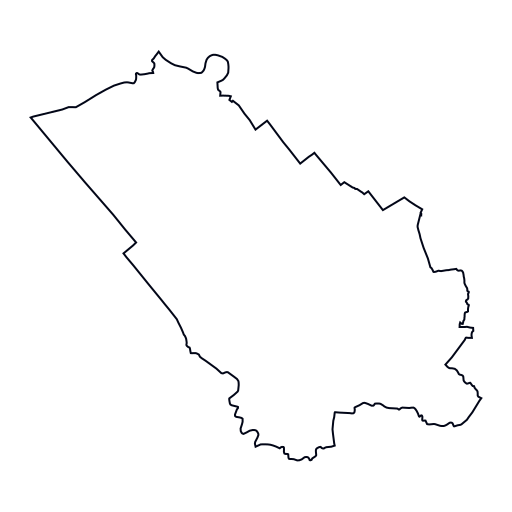 outline of Ben Luc, Long An, Vietnam
{"feature_id": "81297802B50864428315087", "entity_name": "Ben Luc", "entity_type": "district", "adm_level": 2, "iso_a3": "VNM", "parent_name": "Vietnam", "parent_adm1": "Long An", "projection": "orthographic", "projection_center": [106.476, 10.694], "detail": "fine", "context": "isolated", "style": "outline", "palette": "ink", "viewbox_px": 512, "rotation_deg": 0, "n_neighbors": 0, "source": "geoboundaries", "source_scale": "gbopen_adm2", "svg_char_len": 6026}
<svg xmlns="http://www.w3.org/2000/svg" viewBox="0 0 512 512"><path d="M312.0,154.7L308.8,156.8L300.2,163.6L289.6,150.0L283.3,142.3L270.0,124.4L267.1,120.7L255.5,129.6L249.7,120.1L244.4,113.6L238.8,105.4L232.9,100.8L231.9,101.9L229.4,99.9L230.8,96.3L228.8,95.8L223.1,95.6L220.2,95.7L220.5,92.3L220.3,91.6L218.1,89.7L217.7,88.0L217.4,82.4L221.4,80.7L222.9,79.9L224.4,78.4L226.9,75.3L228.2,72.7L228.5,68.2L228.5,66.5L228.3,64.3L227.9,61.9L227.3,60.8L226.6,60.0L224.9,58.6L222.3,56.9L217.8,55.3L215.3,54.8L213.1,54.8L211.5,55.3L209.7,56.2L207.9,57.8L206.6,59.7L205.5,63.2L205.0,66.9L204.4,68.8L203.6,70.5L202.0,72.3L201.3,72.8L200.0,73.0L198.0,73.1L196.4,72.8L192.8,71.4L188.1,68.6L186.2,67.7L179.8,66.4L174.9,65.2L171.1,63.3L165.7,59.8L162.7,57.2L158.7,51.6L156.7,54.3L155.3,56.0L153.7,58.5L152.2,59.9L152.1,60.2L152.0,60.9L152.1,61.2L153.9,62.9L154.3,63.5L154.4,64.1L154.4,66.0L154.2,67.2L153.9,67.8L153.1,68.9L152.3,70.4L152.5,71.0L153.0,71.9L153.2,73.0L149.2,73.2L147.7,73.6L144.5,74.2L140.8,74.6L139.6,74.5L138.8,74.1L137.7,73.3L137.0,73.0L136.6,73.1L136.0,73.6L135.9,74.3L136.2,75.5L136.2,77.3L136.1,79.0L135.8,80.1L134.8,82.1L134.2,82.8L133.8,83.2L132.8,83.3L128.1,82.4L126.7,82.3L124.2,82.5L120.5,83.5L114.0,85.6L105.9,89.6L96.4,94.9L84.7,102.2L75.9,107.2L68.7,107.1L62.3,109.5L33.2,116.6L30.7,117.5L67.5,161.8L84.7,182.0L113.1,214.6L125.2,229.6L136.1,242.5L133.0,245.5L123.5,253.4L126.5,257.3L133.5,265.6L148.6,284.3L160.9,299.3L164.9,304.3L169.1,309.4L176.8,319.2L178.4,322.7L181.0,327.8L183.0,332.4L183.8,334.6L184.9,335.9L185.6,337.4L186.1,338.7L186.5,341.1L186.7,343.0L186.4,344.6L186.5,345.3L186.9,345.9L188.3,347.1L189.5,347.5L189.9,348.3L190.5,351.9L190.8,353.1L192.0,353.2L193.8,353.1L195.7,353.1L197.3,353.7L198.9,354.6L199.9,356.7L201.7,358.2L205.5,360.7L216.4,368.6L221.3,373.1L222.6,373.4L223.1,373.4L225.1,372.5L226.5,372.1L227.8,372.2L234.0,376.7L237.0,379.0L238.4,381.1L238.6,382.3L238.7,384.2L238.7,385.3L238.2,390.3L237.7,391.5L235.5,393.5L233.8,395.0L229.3,398.4L229.2,399.0L229.4,400.8L229.9,403.5L230.4,404.5L231.2,405.0L231.8,405.3L237.4,406.7L238.0,407.0L238.0,407.4L237.9,408.2L236.9,409.4L235.0,414.5L235.0,415.5L235.1,416.0L235.6,416.5L236.5,416.9L239.5,417.4L241.4,417.9L242.2,418.4L242.6,418.8L242.6,421.8L242.0,424.2L240.6,428.5L240.7,430.3L240.8,431.2L241.7,432.9L242.4,433.5L243.5,433.9L246.7,432.4L249.7,430.7L252.8,430.0L254.8,430.1L255.8,430.4L256.5,430.8L257.7,432.4L258.3,433.8L258.4,435.0L257.4,437.7L255.2,441.9L254.9,443.6L255.6,446.7L260.7,444.4L263.9,444.3L267.6,444.4L270.2,444.7L273.1,445.5L276.1,446.6L279.7,448.3L281.2,447.1L282.0,446.9L283.5,447.0L283.9,447.6L284.0,449.4L283.9,451.8L284.2,452.9L284.4,453.5L285.3,453.9L287.6,454.0L288.2,454.3L288.5,457.8L288.9,458.7L289.8,459.0L291.7,459.0L293.8,459.2L297.2,460.4L299.2,460.3L301.7,459.4L304.2,457.5L305.0,457.1L306.6,457.0L307.7,457.2L308.5,457.8L309.4,459.2L309.6,460.0L310.2,460.3L311.5,459.9L312.3,458.4L315.3,456.4L316.1,455.5L316.2,455.0L315.9,451.7L315.9,450.1L316.2,449.1L317.2,448.1L319.2,447.1L320.6,446.9L321.7,448.0L322.6,448.4L323.8,448.5L324.6,447.9L326.3,447.2L331.3,446.7L334.7,445.6L334.2,443.4L333.0,434.0L332.5,429.3L333.3,420.8L334.2,417.1L334.7,412.7L335.0,412.2L339.6,412.6L349.7,413.1L351.8,413.4L353.3,413.3L353.9,412.9L354.3,412.4L354.5,411.9L354.8,409.8L354.6,408.8L354.6,407.6L355.3,407.1L359.5,405.2L362.9,403.1L364.3,402.8L365.6,403.1L368.1,404.0L371.6,405.7L373.2,405.7L373.8,405.3L374.8,403.8L375.1,403.6L377.7,403.5L379.7,403.6L380.8,404.0L383.1,405.4L384.3,406.4L386.6,407.6L389.2,408.1L396.2,408.5L397.4,408.6L399.0,409.6L399.6,409.3L400.6,408.4L401.5,407.9L402.4,407.6L409.2,408.0L411.4,407.7L413.4,407.6L414.4,408.1L415.5,409.2L416.7,411.0L418.0,413.6L418.9,416.2L419.4,416.7L419.7,416.6L421.1,415.4L421.6,415.4L421.9,415.6L422.2,416.2L422.4,416.9L422.2,419.9L422.5,420.5L422.9,420.7L423.9,420.7L424.8,420.5L425.5,420.6L427.1,424.1L427.5,424.2L428.9,424.4L429.8,424.4L433.7,424.0L434.9,424.1L440.1,425.8L441.6,426.0L443.8,426.0L445.5,425.4L447.3,424.4L448.8,423.3L450.1,422.6L451.1,422.6L451.9,422.8L452.6,423.4L453.7,426.0L454.0,426.3L454.5,426.3L457.6,425.3L460.5,424.8L461.5,424.3L466.9,419.8L468.8,417.0L472.3,412.4L479.4,400.8L481.3,398.2L478.4,396.7L477.8,395.8L477.7,395.4L477.7,393.2L477.5,391.4L476.9,390.4L475.7,389.2L474.5,387.6L474.1,386.2L472.7,386.0L471.9,385.1L470.3,382.8L469.8,382.8L467.5,383.6L466.6,383.6L464.9,382.3L463.9,381.0L463.6,380.3L463.3,376.8L463.1,376.2L462.5,375.5L461.4,375.0L459.7,374.6L458.8,374.0L458.1,372.5L456.8,370.4L454.8,368.8L452.2,368.3L449.7,368.2L448.9,367.9L447.5,366.9L445.4,364.6L451.8,357.4L464.7,340.0L465.5,338.3L465.8,337.8L466.2,337.6L468.5,337.9L471.9,337.9L471.5,335.1L471.7,333.3L472.1,332.1L472.7,331.4L473.3,330.9L473.1,327.9L470.2,327.6L467.0,326.8L464.8,327.0L459.6,327.0L459.7,324.2L460.2,322.5L461.7,323.8L462.7,323.9L463.5,320.8L464.2,319.8L464.4,319.1L464.4,317.8L464.6,316.8L464.6,315.1L464.8,313.3L465.1,312.6L465.7,312.3L467.2,311.9L468.0,311.4L468.0,308.9L468.3,306.9L468.8,305.5L468.8,305.0L468.6,304.7L467.7,304.4L467.4,304.2L466.7,302.5L465.9,301.7L465.9,301.3L466.1,300.5L466.5,300.0L467.5,299.5L468.2,298.5L468.3,296.2L468.0,294.0L468.6,292.8L468.8,292.1L468.7,291.7L467.6,291.2L467.3,290.6L467.3,289.3L467.1,288.2L465.6,285.7L464.6,283.6L464.4,282.7L464.4,280.4L464.2,278.5L463.7,276.3L463.6,275.1L463.1,272.5L462.2,271.1L461.7,270.7L460.7,270.4L459.8,270.5L458.8,270.7L458.1,270.6L457.1,270.0L456.3,268.9L453.5,269.3L450.9,269.6L448.5,270.1L446.4,270.2L441.2,271.1L439.9,271.0L438.8,270.7L438.2,270.8L435.8,271.7L434.6,271.9L433.8,272.0L433.4,271.8L432.5,269.8L431.5,268.1L430.4,267.3L427.9,258.5L423.6,247.8L420.5,238.3L419.6,234.1L418.4,230.2L417.6,227.0L417.6,225.8L417.8,224.6L420.3,214.7L421.2,215.2L421.3,213.8L420.6,212.8L422.2,209.3L415.3,205.2L409.4,201.3L404.3,197.4L382.9,210.1L368.3,191.3L364.2,194.2L362.2,192.4L361.0,191.7L357.1,189.0L355.2,188.9L354.5,188.0L352.6,187.5L344.3,182.2L340.7,185.0L331.1,172.8L315.4,154.1L314.4,152.8L312.0,154.7Z" fill="none" stroke="#020617" stroke-width="2"/></svg>